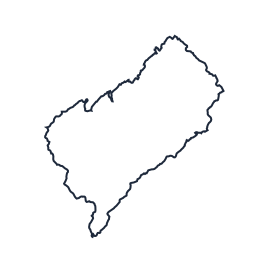 Falam, Chin, Myanmar, rotated 227°
{"feature_id": "60261553B58296948192675", "entity_name": "Falam", "entity_type": "district", "adm_level": 2, "iso_a3": "MMR", "parent_name": "Myanmar", "parent_adm1": "Chin", "projection": "albers", "projection_center": [93.718, 23.446], "detail": "fine", "context": "isolated", "style": "outline", "palette": "slate", "viewbox_px": 256, "rotation_deg": 227, "n_neighbors": 0, "source": "geoboundaries", "source_scale": "gbopen_adm2", "svg_char_len": 5789}
<svg xmlns="http://www.w3.org/2000/svg" viewBox="0 0 256 256"><g transform="rotate(227 128 128)"><path d="M184.0,68.8L182.7,69.1L180.6,68.0L180.2,67.0L180.1,65.7L179.7,64.5L178.9,63.2L178.6,62.0L177.8,61.1L176.8,61.0L175.7,61.5L174.5,61.2L173.5,60.4L171.4,61.0L170.3,59.1L170.1,57.4L167.9,56.3L167.0,55.3L166.3,55.0L164.7,55.7L163.6,55.5L162.7,54.9L161.7,54.4L161.0,55.2L159.7,55.0L158.2,54.1L156.1,52.0L154.6,51.2L150.5,51.3L149.5,51.0L149.0,51.9L147.7,52.7L146.6,52.7L144.9,54.0L141.4,54.4L139.2,55.1L137.8,55.0L136.8,54.1L136.6,52.7L135.8,51.5L134.3,49.6L133.1,48.8L131.9,46.3L130.9,43.3L130.0,43.1L128.3,43.6L126.2,43.9L125.3,43.9L122.4,43.0L120.9,42.7L119.6,42.8L118.2,43.2L116.7,43.1L114.0,42.3L112.2,42.2L111.4,42.3L110.3,44.3L110.2,45.6L109.9,46.8L109.3,47.7L108.6,48.0L107.9,49.1L107.1,49.5L106.1,49.3L103.5,47.4L102.2,47.3L101.5,48.3L100.9,49.7L100.4,49.9L99.6,49.9L97.6,51.7L95.5,51.8L94.7,51.3L93.5,51.0L92.5,50.3L90.0,48.1L89.1,46.9L89.2,46.3L89.6,45.6L89.7,44.7L88.4,43.1L88.7,41.7L88.4,41.5L86.8,41.6L85.7,40.8L84.4,36.8L84.0,34.5L82.1,32.0L80.9,31.3L79.5,31.2L78.2,30.5L76.6,29.9L75.3,29.7L74.7,29.0L74.1,28.0L73.3,27.6L72.6,27.8L73.0,28.5L74.4,29.8L74.3,30.2L72.1,29.8L71.5,30.2L71.1,30.8L70.9,31.5L71.1,32.3L71.6,33.2L71.9,34.3L71.3,35.1L70.5,35.7L70.5,36.6L71.4,37.5L71.6,38.2L71.4,39.2L71.3,42.4L71.6,43.9L71.5,45.9L71.8,46.5L72.7,47.6L74.0,50.6L74.3,52.0L75.2,52.9L75.8,53.9L77.2,54.1L78.6,54.1L79.4,54.5L79.8,55.9L79.8,56.9L78.9,63.0L79.1,63.9L79.0,66.6L79.6,71.5L80.7,72.4L81.2,73.2L80.2,76.8L80.2,78.5L79.7,80.0L79.6,80.9L81.0,82.3L81.5,83.3L81.9,85.0L81.9,87.8L82.6,89.0L84.4,91.0L85.5,91.4L85.9,92.0L85.7,92.8L84.2,95.1L83.0,98.3L84.1,100.1L83.8,100.6L83.5,102.4L83.8,103.7L84.6,105.3L84.0,107.4L83.9,108.8L82.8,109.0L82.6,109.7L82.7,110.6L82.2,110.9L83.2,114.0L81.6,117.1L80.6,118.3L80.0,119.5L79.8,123.0L80.2,124.0L79.6,125.8L79.9,127.0L79.3,127.6L79.0,128.3L79.2,130.2L79.1,132.0L79.7,134.2L80.7,136.7L80.5,137.3L79.8,138.0L79.1,139.3L79.0,139.8L78.4,140.5L77.2,141.2L75.4,141.5L74.6,142.2L74.6,143.4L75.0,144.3L75.8,145.5L76.2,146.3L76.1,148.5L75.7,151.0L75.9,152.0L75.9,155.1L76.2,156.0L76.3,157.5L76.9,157.8L78.0,160.4L78.0,161.0L79.1,162.5L79.1,162.8L77.9,162.9L77.4,163.5L77.6,165.5L77.2,166.1L77.7,167.3L76.7,169.1L76.2,171.9L76.2,173.7L76.5,174.2L77.0,174.2L77.9,173.7L78.7,173.8L78.5,175.0L77.5,175.8L76.5,176.2L75.0,177.9L74.2,178.0L74.5,179.2L74.2,180.6L73.5,181.6L72.8,181.7L72.1,184.7L73.2,184.9L73.8,185.2L74.5,186.5L74.9,186.8L75.8,188.5L76.5,190.6L76.4,191.9L76.6,193.4L77.3,194.6L78.7,195.5L79.6,195.7L82.5,195.4L83.9,195.8L84.8,196.8L86.3,197.8L87.0,198.4L87.0,199.2L87.4,200.4L87.1,201.4L87.3,202.2L87.0,203.2L87.2,204.5L88.2,207.2L88.4,208.7L88.7,209.4L88.2,210.4L88.1,211.3L87.3,212.1L87.2,213.1L89.3,215.9L90.1,216.8L90.9,217.1L91.1,217.5L90.8,218.2L91.0,219.5L90.3,220.8L90.4,221.5L90.3,222.2L89.9,222.7L89.9,223.1L94.3,224.3L97.1,223.9L97.5,222.5L98.2,222.1L99.2,222.0L100.1,222.3L100.5,223.1L101.2,225.6L101.7,225.7L101.9,226.0L102.8,226.5L103.9,226.6L104.0,226.8L107.0,227.7L107.5,226.6L108.2,225.9L109.8,226.1L110.5,225.8L112.1,224.6L112.4,225.1L112.9,225.3L114.0,225.1L115.6,224.4L116.9,224.5L117.3,224.8L117.8,226.1L118.2,226.7L119.2,227.3L122.7,228.4L123.9,228.1L128.9,226.1L130.8,226.2L132.7,225.8L134.6,226.2L136.2,225.8L136.9,226.2L137.7,226.1L138.5,226.7L139.9,225.9L141.3,226.1L144.1,223.6L145.5,223.5L146.1,223.9L146.9,224.8L146.9,226.5L147.9,227.3L150.7,226.6L152.4,226.5L153.5,226.7L155.6,225.9L156.7,226.2L158.6,226.2L158.6,225.6L158.5,225.2L158.6,224.9L158.9,224.8L161.4,225.7L162.2,225.2L163.4,225.0L162.7,221.6L162.9,221.2L164.3,221.2L166.2,220.7L166.9,218.2L166.2,215.2L165.9,214.6L165.9,213.4L164.9,212.1L166.0,210.2L166.0,209.5L164.8,207.7L163.7,207.3L163.8,206.6L163.3,205.6L163.0,203.9L163.7,203.6L164.8,203.7L165.4,204.2L167.8,203.7L168.0,203.2L167.0,202.4L166.9,201.7L167.3,201.0L166.9,200.6L165.3,200.7L164.6,200.2L163.0,200.0L163.0,199.6L163.4,199.1L164.5,198.5L164.3,196.5L164.7,196.0L164.4,194.6L164.7,193.9L164.7,192.7L164.9,190.7L164.6,188.5L164.9,187.9L165.1,187.1L164.8,185.6L164.3,184.8L164.1,183.6L163.5,182.7L163.0,183.1L162.4,183.1L161.2,182.1L160.8,180.8L160.8,179.8L160.5,177.8L161.2,176.8L161.1,176.2L160.4,175.8L159.9,174.3L159.1,173.5L159.0,172.6L159.7,171.3L159.4,170.4L158.7,170.3L157.9,170.5L157.5,170.2L156.9,168.5L157.2,168.2L158.9,167.9L159.2,167.5L159.1,166.1L158.7,165.4L158.7,164.4L158.2,163.2L158.0,162.3L158.4,161.6L158.9,161.3L160.4,161.3L161.0,160.5L161.6,160.2L162.8,161.3L163.0,161.0L163.0,159.5L163.2,158.6L163.2,157.6L163.7,157.1L164.3,157.1L164.3,155.4L164.8,154.6L165.0,153.6L164.5,152.5L164.5,152.2L165.8,151.6L164.9,148.4L164.8,146.2L165.1,142.6L164.8,139.4L163.0,138.3L161.7,136.8L160.5,136.5L160.2,136.0L158.0,134.9L158.3,134.6L159.6,134.8L161.7,135.9L162.3,135.9L162.7,135.5L163.2,135.4L164.8,135.9L164.9,136.1L165.7,136.6L166.7,138.4L167.0,138.4L167.1,139.0L166.7,140.0L167.2,140.2L167.7,139.1L167.7,138.5L167.8,138.5L167.9,138.1L168.4,137.3L167.9,136.3L167.9,135.7L168.6,134.5L168.3,133.1L168.6,131.1L169.4,130.1L169.0,126.0L168.5,123.1L169.0,122.6L168.1,116.0L166.5,113.5L165.6,113.1L166.6,112.4L167.9,109.8L169.0,109.0L169.8,108.6L170.5,108.9L171.3,109.9L172.3,110.2L173.9,111.3L174.8,112.5L175.3,113.7L175.4,114.9L175.4,116.5L175.8,117.4L176.8,117.7L177.3,117.2L177.2,116.4L176.5,114.7L176.6,113.8L177.4,113.1L178.3,113.1L179.3,113.3L179.8,113.2L180.4,111.4L180.7,111.1L180.9,109.7L180.7,108.2L181.0,106.2L180.9,104.8L181.2,104.0L180.9,102.6L181.3,101.2L182.0,99.7L182.3,97.5L182.6,96.7L182.2,95.7L182.1,94.6L182.7,93.3L185.1,90.7L184.0,89.9L183.3,88.7L183.5,87.8L183.3,86.2L183.8,85.1L185.5,83.4L185.5,82.1L184.9,80.0L183.3,78.0L183.3,76.7L183.6,74.8L183.4,73.8L182.8,72.5L182.8,71.3L183.3,69.9L184.0,68.8Z" fill="none" stroke="#1e293b" stroke-width="2"/></g></svg>